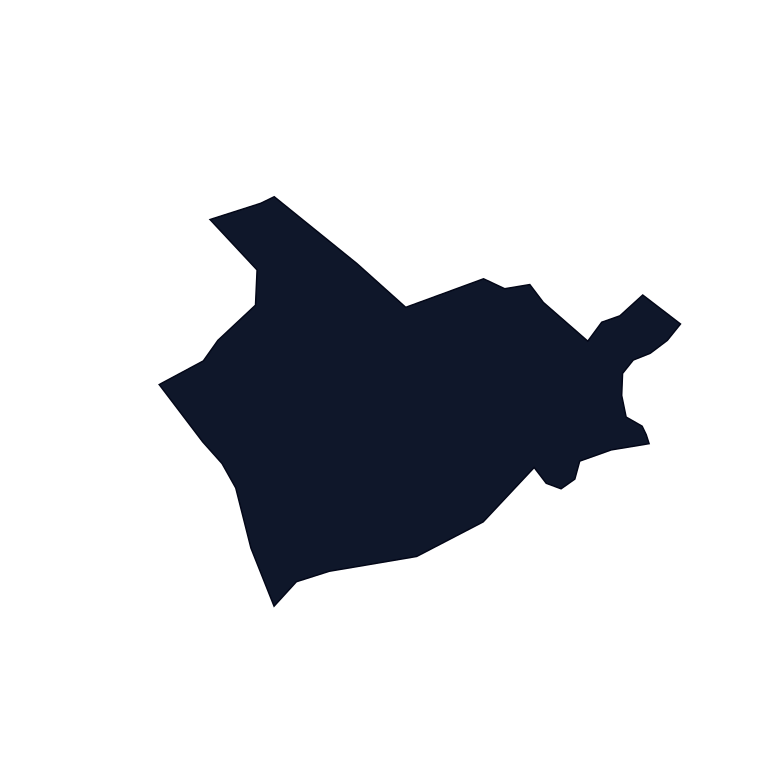 Kotido, Robinson projection, rotated 131°
{"feature_id": "UGA-3123", "entity_name": "Kotido", "entity_type": "County", "adm_level": 1, "iso_a3": "UGA", "parent_name": "Uganda", "parent_adm1": "", "projection": "robinson", "projection_center": [33.884, 2.985], "detail": "fine", "context": "isolated", "style": "filled", "palette": "ink", "viewbox_px": 768, "rotation_deg": 131, "n_neighbors": 0, "source": "natural_earth", "source_scale": "10m", "svg_char_len": 699}
<svg xmlns="http://www.w3.org/2000/svg" viewBox="0 0 768 768"><g transform="rotate(131 384 384)"><path d="M147.1,247.1L144.2,199.6L165.2,198.8L186.0,203.2L202.4,211.6L219.5,210.9L236.7,197.1L250.1,179.6L246.5,161.5L250.2,152.9L255.1,144.8L284.7,169.3L313.8,185.7L330.6,177.6L346.9,181.6L352.5,196.4L348.5,215.9L423.0,218.7L492.7,246.2L561.3,302.5L590.7,320.4L623.8,321.2L595.1,376.8L559.7,427.7L550.3,454.0L546.6,482.9L531.9,553.3L485.1,535.5L460.0,538.0L408.8,532.7L381.2,554.6L374.0,623.2L328.5,595.6L314.7,589.7L310.9,483.2L311.9,417.9L239.3,377.9L232.9,355.4L213.3,339.2L217.9,317.3L218.0,258.3L194.5,260.2L177.8,250.7L147.1,247.1Z" fill="#0f172a" stroke="#020617" stroke-width="1.5"/></g></svg>